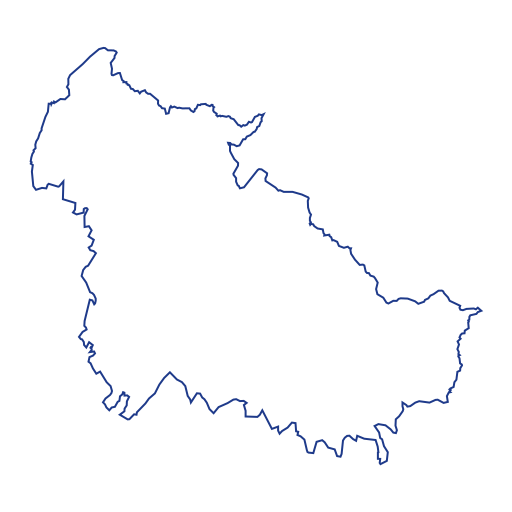 Ovejas, Sucre, Colombia (Natural Earth projection)
{"feature_id": "7082276B76166761689689", "entity_name": "Ovejas", "entity_type": "district", "adm_level": 2, "iso_a3": "COL", "parent_name": "Colombia", "parent_adm1": "Sucre", "projection": "natural_earth1", "projection_center": [-75.171, 9.561], "detail": "fine", "context": "isolated", "style": "outline", "palette": "blue", "viewbox_px": 512, "rotation_deg": 0, "n_neighbors": 0, "source": "geoboundaries", "source_scale": "gbopen_adm2", "svg_char_len": 5975}
<svg xmlns="http://www.w3.org/2000/svg" viewBox="0 0 512 512"><path d="M481.3,310.8L477.8,307.7L475.9,309.3L473.8,308.5L466.5,308.9L462.9,310.2L460.4,309.7L459.5,307.8L460.2,305.8L449.7,300.8L448.0,297.4L444.0,293.1L443.2,291.4L441.9,290.6L438.5,290.7L433.5,294.2L430.4,295.6L428.3,298.4L425.0,299.9L424.1,301.7L418.3,303.8L415.1,301.3L407.7,298.6L400.7,298.3L398.6,298.9L396.7,300.9L393.3,300.8L388.4,303.5L386.4,302.6L383.3,297.7L377.4,294.2L376.1,289.1L377.7,282.6L375.0,278.1L373.7,276.6L370.4,275.6L368.9,273.1L367.0,273.0L365.7,271.6L364.3,265.4L362.9,264.6L359.7,264.9L355.0,259.7L351.1,253.8L350.4,250.0L351.0,248.3L349.5,248.3L347.8,246.7L343.9,247.8L338.9,245.9L337.2,241.8L333.5,240.1L332.3,240.4L331.2,237.2L329.6,236.1L329.3,234.7L324.3,235.5L324.6,234.5L323.5,233.1L322.8,229.4L317.6,228.5L314.2,226.1L313.2,224.3L311.0,223.9L310.2,224.8L309.7,223.5L310.9,222.3L309.9,220.8L309.9,217.9L311.0,214.6L309.6,212.6L308.1,207.6L307.8,200.9L308.7,198.3L308.2,197.4L301.8,194.5L292.7,191.9L283.8,191.9L280.0,190.2L278.4,190.7L275.6,187.6L265.6,181.0L265.4,178.4L266.9,175.3L267.1,173.3L261.6,169.4L259.1,169.1L257.7,170.0L244.0,187.3L239.9,188.3L238.8,185.9L237.7,185.4L236.1,181.7L236.1,178.1L233.6,174.9L233.4,173.7L238.0,165.7L238.1,163.0L234.3,159.2L230.8,152.7L230.0,150.9L230.0,145.6L228.8,144.7L228.1,142.8L230.2,143.0L231.6,144.5L233.8,144.6L236.7,146.2L239.6,145.4L243.1,139.3L245.3,139.2L246.8,136.6L250.4,135.1L253.6,131.9L254.7,131.8L256.7,129.0L257.1,127.1L259.3,126.0L260.6,122.2L261.7,121.2L261.5,118.2L263.6,114.2L261.7,115.1L258.9,114.4L257.7,115.8L254.9,116.9L252.0,122.1L251.0,122.5L248.9,121.8L246.9,124.7L244.8,125.6L243.3,125.1L241.2,126.7L239.6,125.2L238.3,125.1L233.7,119.2L230.7,118.2L229.9,116.7L228.4,116.1L226.4,116.8L222.2,115.9L220.6,116.3L220.0,115.6L217.5,116.4L216.6,115.1L216.2,116.0L216.7,113.7L214.0,111.9L213.2,110.6L213.5,107.5L214.0,107.1L212.6,106.0L212.5,104.9L211.6,104.8L209.9,106.2L206.3,104.8L205.7,103.9L200.9,104.3L200.2,105.1L197.9,104.8L196.3,108.4L194.9,109.1L194.5,111.2L193.4,112.0L190.8,110.4L189.4,108.3L182.4,108.4L179.1,107.7L177.6,108.1L174.3,106.6L171.9,107.5L170.9,106.2L170.0,107.4L168.6,113.2L166.1,113.8L164.8,108.6L162.0,108.2L160.6,106.2L159.0,105.5L158.0,103.7L158.1,100.5L150.1,93.8L148.1,93.8L146.1,92.4L144.9,90.2L141.1,91.7L139.8,93.4L137.8,90.8L134.8,91.2L132.8,89.0L131.0,88.8L129.3,85.2L127.7,84.8L127.6,84.0L126.4,83.5L126.4,82.1L123.5,82.2L123.7,81.2L122.1,80.0L119.9,73.0L118.0,73.1L113.1,75.3L111.9,75.0L111.5,73.7L112.0,68.8L110.7,62.9L114.5,58.0L114.6,56.0L116.7,52.6L116.0,51.5L113.6,50.4L107.9,50.3L105.1,48.1L103.5,47.9L99.1,49.1L90.1,56.6L82.8,64.0L70.1,75.1L68.3,78.8L68.4,84.3L66.9,87.0L68.9,89.6L69.3,95.2L65.0,99.3L60.4,99.0L55.5,102.4L54.1,101.6L53.9,103.1L52.1,102.6L51.3,104.3L51.0,103.1L50.4,103.8L48.7,103.7L47.9,111.8L45.4,116.9L41.6,128.3L41.6,130.3L39.8,133.0L38.1,138.4L36.2,141.4L35.3,144.7L35.6,148.2L33.5,150.3L33.9,151.6L32.4,153.9L31.3,157.6L30.7,161.5L31.6,162.2L30.8,163.7L32.8,165.0L31.9,171.6L33.3,186.1L36.0,189.8L42.0,187.9L46.3,188.4L47.6,184.8L48.7,183.8L58.2,186.7L59.2,186.3L63.4,181.4L62.9,199.2L75.4,203.0L75.0,209.7L73.0,212.5L76.6,214.4L83.6,212.6L83.8,209.0L85.0,208.2L86.7,208.1L87.7,209.3L84.4,215.9L84.6,227.0L88.9,226.2L91.6,230.3L88.5,236.3L93.8,239.8L91.6,245.6L88.7,247.5L90.3,250.2L93.6,251.1L95.9,253.2L88.1,265.7L85.7,266.8L83.2,270.0L81.6,276.0L86.2,282.6L90.1,292.2L92.4,293.2L94.0,294.9L95.7,298.6L95.7,300.7L95.1,303.4L94.2,304.3L92.4,300.4L89.8,299.7L84.6,321.0L84.3,325.8L86.0,327.6L86.6,329.5L82.6,331.9L79.0,336.9L80.8,339.1L82.1,339.4L83.8,342.0L84.1,345.0L86.3,347.5L89.1,342.2L92.8,345.1L91.8,347.3L91.0,347.0L90.5,347.8L91.5,348.7L91.7,349.9L89.9,352.1L94.1,351.5L95.0,353.4L93.0,355.6L89.5,357.1L88.5,361.7L90.6,363.3L92.9,368.4L96.3,373.7L100.1,371.6L106.7,382.3L110.6,386.1L112.0,391.0L111.4,393.1L110.0,395.0L105.5,398.5L103.0,402.3L105.0,404.4L106.4,407.4L109.3,410.3L111.7,407.5L114.9,406.8L117.7,401.8L119.4,400.9L120.0,396.3L122.3,394.4L123.1,392.2L124.4,392.7L124.5,395.6L127.2,395.4L129.1,396.9L126.9,401.3L126.7,405.4L124.6,408.6L124.4,411.3L119.8,414.7L127.7,419.4L129.4,419.2L134.1,414.3L136.5,414.7L136.9,412.3L145.4,403.5L149.0,398.5L154.9,393.4L159.4,384.5L164.2,377.9L169.9,372.3L176.9,379.5L181.9,382.1L185.3,386.1L187.7,395.9L190.2,399.5L190.9,402.5L196.9,393.3L200.1,393.6L202.2,397.5L204.4,399.2L206.8,402.7L209.5,409.1L213.6,413.2L218.6,407.1L227.6,403.1L233.4,399.6L236.2,399.2L240.0,401.1L243.7,400.9L246.6,402.9L243.9,405.0L245.6,410.8L245.6,416.5L257.4,416.9L259.8,414.8L262.3,410.3L271.9,428.9L278.1,426.6L278.1,430.6L279.6,433.7L282.1,431.0L287.6,427.6L291.9,422.6L295.5,423.1L296.1,431.3L298.2,431.8L297.5,435.0L300.6,436.3L304.4,439.6L306.9,450.3L307.5,452.0L308.6,452.6L313.3,453.1L316.6,441.8L322.2,440.2L324.7,442.3L328.2,447.6L334.7,449.4L337.1,456.1L340.5,456.7L341.6,453.9L343.0,440.5L344.8,437.7L347.1,435.9L349.4,435.7L353.1,439.1L356.1,440.8L357.2,435.8L364.2,438.7L375.6,440.0L377.7,446.6L378.4,452.3L377.9,452.5L377.9,458.8L380.2,458.9L379.7,462.9L380.5,464.1L386.8,460.9L387.8,452.2L384.0,446.2L382.1,439.3L380.2,438.0L379.1,432.5L374.6,426.0L378.4,424.1L385.5,425.3L390.7,429.4L393.3,432.6L395.9,433.1L396.9,430.2L395.5,425.7L395.8,419.3L399.1,416.3L402.7,411.2L403.3,409.2L402.5,406.3L402.5,402.5L406.4,405.1L407.4,406.6L410.3,406.1L415.3,402.6L419.2,401.2L429.5,402.6L435.5,399.9L437.7,399.7L443.6,402.9L447.8,401.9L446.9,396.1L448.7,392.6L450.3,392.2L448.8,391.0L449.7,391.2L450.7,390.2L450.6,389.3L449.8,389.1L450.5,388.4L453.6,387.0L454.4,382.2L456.4,379.7L457.4,371.8L460.1,370.6L460.3,368.1L462.0,365.4L461.8,364.5L460.1,363.4L459.5,358.3L458.3,356.4L458.5,355.6L459.7,355.1L458.4,354.0L458.8,352.0L457.4,349.1L459.0,344.5L457.6,341.4L460.6,338.7L459.5,337.4L460.7,334.8L462.1,333.5L464.5,333.3L464.8,330.6L468.7,328.2L468.2,322.4L468.8,321.7L468.2,320.4L469.3,319.7L469.4,316.8L470.3,315.3L476.4,313.9L477.8,312.1L481.3,310.8Z" fill="none" stroke="#1e3a8a" stroke-width="2"/></svg>